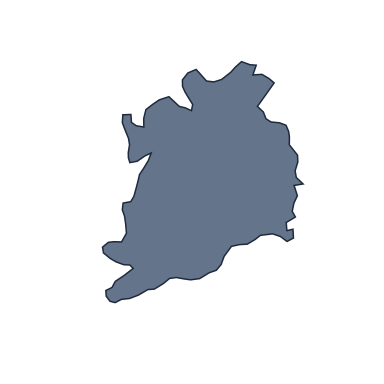 Vista Gaúcha, Rio Grande do Sul, Brazil, rotated 226°
{"feature_id": "56859067B34602546660204", "entity_name": "Vista Gaúcha", "entity_type": "district", "adm_level": 2, "iso_a3": "BRA", "parent_name": "Brazil", "parent_adm1": "Rio Grande do Sul", "projection": "equal_earth", "projection_center": [-53.696, -27.259], "detail": "fine", "context": "isolated", "style": "filled", "palette": "slate", "viewbox_px": 384, "rotation_deg": 226, "n_neighbors": 0, "source": "geoboundaries", "source_scale": "gbopen_adm2", "svg_char_len": 1573}
<svg xmlns="http://www.w3.org/2000/svg" viewBox="0 0 384 384"><g transform="rotate(226 192 192)"><path d="M88.4,233.0L95.1,238.8L98.3,233.4L104.6,238.6L102.2,249.0L108.5,250.7L113.2,257.6L116.1,265.2L125.8,270.0L120.6,277.5L130.0,277.1L135.6,280.9L140.1,289.0L145.2,293.5L158.4,294.8L163.8,300.2L168.3,303.5L174.7,306.0L181.0,303.0L187.6,297.4L193.4,296.1L199.9,298.9L208.1,298.5L213.4,326.9L220.2,326.2L228.1,324.0L233.9,317.1L238.6,326.3L243.3,322.1L251.4,318.2L251.7,309.7L251.2,303.0L252.4,291.4L256.0,284.2L261.8,279.5L270.8,279.9L277.3,280.1L280.5,271.7L279.3,263.0L274.5,258.5L269.0,256.5L261.6,254.8L254.5,253.3L250.9,248.1L257.3,245.6L262.4,242.3L276.6,241.6L281.0,232.5L282.3,225.0L283.3,216.1L278.4,208.3L272.2,202.5L278.4,197.9L284.1,196.8L290.2,201.9L295.6,195.9L290.2,190.0L281.8,186.4L274.7,183.6L269.4,179.9L264.6,173.5L260.8,170.0L256.3,167.7L252.2,173.9L250.6,183.4L248.4,189.7L244.9,182.3L242.6,173.5L241.0,166.3L237.2,160.5L232.9,153.4L229.2,147.1L227.6,141.2L231.9,134.8L227.6,129.5L221.5,126.7L215.0,122.0L207.9,116.2L205.0,106.6L210.4,101.4L213.9,96.9L214.5,89.3L209.6,86.0L201.0,87.0L194.6,88.8L187.1,92.4L182.8,96.5L177.9,96.6L179.2,84.7L181.0,74.8L178.9,68.1L181.0,61.6L176.6,57.9L170.3,57.1L165.8,59.9L163.8,66.6L158.8,73.1L155.1,81.7L152.5,92.4L148.3,97.5L146.0,108.0L145.4,115.8L141.4,121.3L135.0,125.9L129.8,130.0L124.4,137.3L121.9,148.4L118.8,155.2L119.6,162.6L123.4,170.4L125.5,182.6L121.1,189.7L116.1,195.5L114.0,204.4L113.3,211.1L105.9,220.9L98.6,224.7L90.4,226.0L88.4,233.0Z" fill="#64748b" stroke="#1e293b" stroke-width="1.5"/></g></svg>